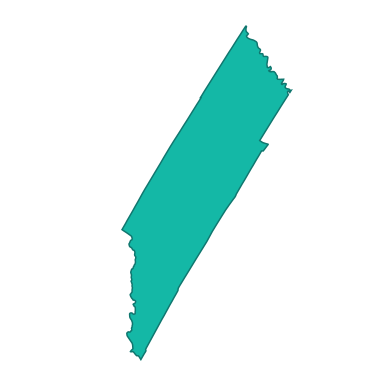 map outline of Tennessee (Albers equal-area conic projection), rotated 120°
{"feature_id": "USA-3551", "entity_name": "Tennessee", "entity_type": "State", "adm_level": 1, "iso_a3": "USA", "parent_name": "United States of America", "parent_adm1": "", "projection": "albers", "projection_center": [-85.336, 35.837], "detail": "fine", "context": "isolated", "style": "filled", "palette": "teal", "viewbox_px": 384, "rotation_deg": 120, "n_neighbors": 0, "source": "natural_earth", "source_scale": "10m", "svg_char_len": 5678}
<svg xmlns="http://www.w3.org/2000/svg" viewBox="0 0 384 384"><g transform="rotate(120 192 192)"><path d="M48.6,186.1L48.9,185.2L48.4,183.6L47.4,182.5L46.8,181.3L46.8,180.9L47.2,179.3L48.5,177.3L48.7,176.5L49.0,176.1L49.7,175.6L50.4,175.2L51.1,175.1L51.5,174.2L50.5,172.2L48.5,169.0L49.2,168.8L52.9,168.8L53.4,168.7L53.8,168.4L53.9,167.9L53.6,167.5L52.6,167.2L51.9,166.4L51.4,165.4L51.3,164.5L52.1,164.2L53.1,164.2L54.0,164.1L54.8,163.7L55.2,162.6L55.1,161.5L54.4,159.5L54.5,158.7L54.8,157.9L54.5,157.1L54.3,156.9L56.9,157.0L56.7,157.4L56.3,158.3L56.4,159.1L57.4,159.4L57.9,159.1L58.6,158.5L59.5,157.5L59.6,157.2L66.3,157.5L73.1,157.8L79.8,158.0L86.6,158.3L93.3,158.5L100.1,158.7L106.8,158.9L113.6,159.1L113.7,158.0L113.8,156.2L113.8,155.4L113.3,152.9L112.7,150.6L112.6,150.1L112.6,149.9L112.9,149.8L115.0,150.1L118.4,150.5L120.6,150.8L120.9,150.9L121.1,151.2L121.3,151.8L121.5,152.1L121.7,152.3L121.9,152.3L123.5,152.3L124.0,152.3L125.5,152.3L127.8,152.3L130.8,152.4L134.3,152.4L138.3,152.4L142.5,152.5L146.9,152.5L151.2,152.5L155.4,152.5L159.4,152.6L162.9,152.6L165.9,152.6L168.2,152.6L169.7,152.6L170.2,152.6L171.9,152.6L173.3,152.3L173.6,152.3L175.3,152.3L177.3,152.6L180.0,152.9L184.9,153.4L190.8,153.9L198.6,154.2L207.7,154.5L215.8,154.7L227.7,154.4L237.4,154.7L246.9,155.0L255.8,155.2L263.7,155.4L270.4,155.6L275.6,155.7L278.9,155.8L280.1,155.8L282.0,155.8L283.3,155.4L284.4,154.9L288.5,154.8L292.5,154.8L296.6,154.7L300.7,154.7L304.7,154.6L308.8,154.5L312.9,154.4L316.9,154.4L321.0,154.3L325.0,154.2L329.1,154.1L333.2,154.0L337.2,153.9L341.3,153.8L345.4,153.7L349.4,153.6L351.3,153.5L351.6,153.4L352.4,152.6L352.8,152.5L353.1,152.4L355.8,152.5L359.1,152.5L362.7,152.5L361.0,155.6L360.7,156.6L360.8,156.8L361.4,158.0L361.4,158.4L360.8,160.2L359.9,162.3L359.8,162.8L359.8,163.1L359.8,163.3L360.3,164.1L360.9,164.9L361.0,165.1L361.0,165.3L361.0,165.5L360.8,165.5L359.6,165.4L357.5,164.8L357.3,164.8L357.1,164.9L354.1,167.0L353.1,168.0L352.9,168.2L349.2,175.8L348.9,176.2L348.6,176.6L348.2,176.8L347.6,177.4L347.2,177.6L346.9,177.8L346.6,177.8L346.3,177.8L345.7,177.6L345.4,177.5L345.2,177.4L345.0,177.2L344.9,177.1L344.8,176.8L344.7,176.6L344.7,176.4L344.6,176.1L344.5,175.9L344.4,175.8L344.2,175.7L343.8,175.5L343.2,175.5L342.8,175.4L342.4,175.1L342.2,175.1L341.8,175.1L341.4,175.3L340.2,176.3L339.1,176.4L338.8,176.4L337.9,176.9L336.5,177.3L336.1,177.5L335.5,177.9L334.8,178.4L333.5,179.9L333.1,180.5L332.6,181.6L332.4,182.0L331.8,182.9L331.5,183.2L331.2,183.5L330.9,183.7L329.1,184.9L328.7,185.1L328.2,185.1L327.7,184.9L327.4,184.6L327.2,184.4L327.1,184.2L326.9,183.6L326.8,183.3L326.9,183.0L326.9,182.7L327.1,182.1L327.2,181.9L327.2,181.7L326.4,180.7L326.0,180.5L325.6,180.5L323.8,181.5L322.8,181.9L320.2,183.5L320.0,183.9L320.0,184.6L320.0,184.8L319.8,185.0L319.4,185.5L319.2,185.9L319.1,186.2L318.9,186.6L318.7,186.8L318.4,186.8L318.2,186.7L317.8,186.4L317.2,186.0L316.7,185.8L316.4,185.7L316.0,185.8L315.4,185.9L315.1,186.0L314.8,186.2L314.7,186.5L314.5,186.9L314.5,187.2L314.5,187.5L314.6,188.0L315.0,188.8L315.0,189.0L314.9,189.3L314.4,189.9L314.3,190.1L314.3,190.6L314.2,190.8L314.0,191.3L313.1,192.8L312.1,194.0L311.8,194.2L311.5,194.3L310.9,194.1L309.3,194.0L308.8,193.9L308.6,193.9L308.4,194.0L306.4,195.1L305.0,195.6L304.7,195.7L304.5,195.9L303.5,196.9L303.1,197.1L302.1,197.5L301.8,197.7L301.6,197.9L301.5,198.1L300.7,198.9L299.9,200.0L299.6,200.2L299.3,200.2L299.0,200.1L298.7,200.1L298.3,200.2L297.9,200.4L297.3,200.9L296.9,201.4L296.4,201.9L294.3,202.8L293.9,203.1L293.7,203.3L293.3,203.8L292.4,204.7L292.1,204.9L291.9,205.0L289.3,205.6L289.0,205.6L288.8,205.5L288.5,205.4L288.4,205.2L288.2,205.0L287.9,205.0L287.5,204.9L286.7,205.2L286.3,205.3L285.9,205.3L285.7,205.2L285.2,205.2L284.9,205.3L284.6,205.4L284.4,205.4L284.3,205.5L282.9,205.3L282.6,205.4L281.8,205.6L281.0,205.9L280.1,206.5L279.5,207.0L279.1,207.2L278.8,207.4L277.5,207.6L276.9,207.9L276.6,208.1L276.3,208.3L275.7,209.6L275.5,209.9L275.2,210.2L274.9,210.4L273.3,211.0L272.9,211.2L272.6,211.4L271.8,212.4L271.6,212.6L271.6,212.8L271.5,213.0L271.7,213.8L271.7,214.1L271.7,214.4L271.6,214.6L271.5,214.8L270.8,215.9L270.7,216.1L270.6,216.6L270.5,216.9L270.5,218.4L270.3,218.8L270.0,219.3L269.2,220.0L268.8,220.4L268.5,220.6L268.4,220.6L267.4,220.6L265.2,220.9L264.7,220.9L264.4,220.8L264.2,220.7L263.7,220.3L263.5,220.2L263.1,220.2L262.5,220.4L262.2,220.5L261.3,221.4L260.8,222.0L260.6,222.5L260.4,223.1L260.3,224.7L260.1,226.5L259.9,229.2L259.8,231.5L259.6,233.8L256.1,233.8L252.3,233.8L249.5,233.9L247.9,233.9L242.9,233.9L237.9,233.9L232.9,234.0L227.9,234.0L222.8,234.1L217.8,234.2L212.8,234.2L208.6,234.1L201.6,234.0L195.2,233.9L189.0,233.8L182.8,233.7L176.5,233.7L170.2,233.6L163.9,233.5L157.7,233.3L151.4,233.0L145.1,232.7L138.9,232.5L132.6,232.2L126.3,232.0L120.2,231.8L114.0,231.6L107.7,231.3L106.3,231.3L105.9,231.3L106.1,231.9L105.7,231.9L104.3,231.8L99.1,231.7L94.0,231.5L88.8,231.3L83.6,231.1L78.4,230.9L73.3,230.7L68.1,230.5L62.9,230.3L57.8,230.1L52.6,229.9L47.4,229.6L42.3,229.4L37.1,229.2L31.9,228.9L26.7,228.7L21.6,228.4L21.3,227.8L21.7,227.4L22.5,227.3L23.4,227.0L24.9,226.2L25.6,225.6L26.0,224.9L26.3,224.1L26.5,223.2L26.9,222.3L27.9,222.4L28.9,222.7L29.7,222.8L30.6,221.6L30.8,219.6L30.5,217.6L29.8,215.1L29.7,214.2L29.7,211.9L30.0,210.8L30.5,210.1L32.7,208.4L33.3,207.7L33.8,207.0L34.1,206.2L34.2,204.9L34.4,204.1L34.9,203.6L35.8,203.4L36.8,203.3L37.7,203.1L38.2,202.5L37.7,201.3L37.1,200.4L37.0,199.8L37.3,199.4L38.0,198.9L38.7,198.1L38.7,197.5L37.7,196.0L37.2,194.8L37.2,194.0L37.8,193.4L44.0,191.0L46.5,189.0L46.2,188.1L45.2,187.3L44.2,186.8L44.6,185.9L45.2,185.3L46.0,185.0L46.9,184.9L48.0,185.9L48.6,186.1Z" fill="#14b8a6" stroke="#0f766e" stroke-width="1.5"/></g></svg>